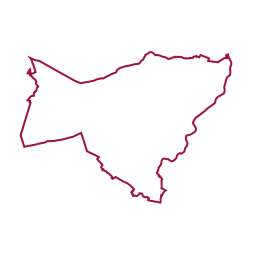 Darmanesti, Suceava, Romania (orthographic projection), rotated 266°
{"feature_id": "2599482B2984859912538", "entity_name": "Darmanesti", "entity_type": "district", "adm_level": 2, "iso_a3": "ROU", "parent_name": "Romania", "parent_adm1": "Suceava", "projection": "orthographic", "projection_center": [26.129, 47.745], "detail": "fine", "context": "isolated", "style": "outline", "palette": "rose", "viewbox_px": 256, "rotation_deg": 266, "n_neighbors": 0, "source": "geoboundaries", "source_scale": "gbopen_adm2", "svg_char_len": 5743}
<svg xmlns="http://www.w3.org/2000/svg" viewBox="0 0 256 256"><g transform="rotate(266 128 128)"><path d="M194.3,232.9L193.9,231.9L194.2,231.4L194.0,231.2L193.6,231.1L192.8,231.0L192.6,231.1L192.6,231.5L192.3,231.9L191.8,232.1L191.3,232.1L190.8,231.9L190.7,231.4L191.0,230.8L191.2,230.1L191.0,229.5L191.0,229.0L190.9,228.7L190.4,227.9L189.4,226.0L189.0,225.0L188.5,224.2L188.2,223.7L188.1,223.2L187.7,222.8L187.3,222.7L187.9,219.1L189.0,214.1L189.4,212.6L191.8,213.7L195.7,205.5L193.5,203.9L194.9,201.4L194.4,201.2L194.5,201.0L194.8,200.2L194.8,199.9L194.8,199.6L194.7,199.3L194.4,198.8L194.4,198.4L194.2,198.1L194.1,197.9L193.6,197.7L193.4,197.6L193.4,197.4L193.5,196.4L193.4,195.4L193.4,195.2L193.7,194.9L193.7,194.7L193.7,194.4L193.2,193.6L193.1,193.3L193.1,193.0L193.2,192.9L193.3,192.4L193.2,191.7L193.2,191.4L193.4,191.3L193.4,190.9L193.5,190.8L193.6,190.4L193.5,189.9L193.6,188.9L193.7,188.6L193.8,188.4L194.1,188.0L194.4,187.3L194.5,187.2L194.7,186.8L195.0,186.6L195.0,186.4L195.2,186.1L195.2,185.8L195.2,185.3L195.1,185.0L195.2,184.6L195.5,183.1L195.5,182.7L195.4,182.5L195.4,182.4L195.5,182.1L195.4,181.9L195.6,181.6L195.6,181.1L195.5,180.9L195.5,180.7L195.7,180.2L195.4,179.9L195.8,179.4L195.8,179.2L195.6,179.0L195.3,178.9L195.4,178.3L195.3,177.9L195.2,177.6L195.0,177.1L194.9,176.8L194.6,176.3L194.5,175.9L194.5,174.8L194.5,174.6L194.1,174.0L194.1,173.6L194.1,173.0L194.2,172.7L195.4,171.0L196.2,169.6L196.7,167.5L198.0,164.9L198.5,163.2L198.9,162.4L198.7,161.1L198.7,160.2L200.7,158.8L201.4,157.8L201.9,156.8L202.1,155.5L201.8,154.3L201.3,153.7L200.9,153.2L200.5,152.3L199.6,150.5L196.8,148.9L194.9,147.5L194.2,146.1L193.7,145.5L192.5,144.7L191.3,143.2L191.2,139.7L190.2,133.8L189.6,128.9L188.8,126.3L188.7,124.8L187.7,122.8L186.2,120.8L184.6,120.0L184.2,119.6L183.9,118.9L183.7,117.3L183.2,116.7L182.9,115.0L181.5,112.0L181.0,110.7L179.1,106.7L179.1,106.4L179.3,105.6L179.4,104.8L179.0,102.5L178.8,101.0L178.4,99.3L178.0,98.5L177.7,97.8L177.2,94.3L177.1,93.5L176.9,92.9L176.8,91.8L176.7,90.5L176.6,88.6L176.4,87.7L176.1,83.9L176.1,83.5L176.4,82.9L177.3,81.1L178.7,78.4L180.6,75.4L193.4,55.9L201.0,44.4L202.0,40.8L202.5,39.5L202.8,38.9L203.8,37.2L204.7,35.4L203.8,36.0L203.2,36.3L202.0,36.7L199.5,37.3L197.7,38.0L195.3,38.5L192.8,39.2L190.2,39.7L188.3,35.0L193.4,34.2L193.2,34.0L192.5,33.8L191.5,32.9L191.1,32.5L190.5,32.1L189.6,31.7L189.5,32.1L189.7,32.3L189.7,32.6L189.4,33.2L189.1,33.4L188.8,33.6L187.8,33.8L187.5,34.0L187.1,34.7L186.5,35.2L185.8,36.0L184.8,36.5L184.8,36.8L184.7,36.9L184.3,37.1L183.9,37.4L183.5,38.0L182.7,38.6L182.4,39.0L181.9,39.3L180.8,39.7L180.3,39.7L179.3,39.4L178.8,39.2L177.9,39.7L175.6,41.3L175.3,40.8L174.8,40.2L174.4,39.9L172.5,39.4L171.8,39.0L171.6,39.0L171.3,38.8L171.4,38.6L171.2,38.4L170.7,38.0L170.3,37.6L170.4,37.3L169.9,36.9L169.8,36.7L169.5,36.5L166.8,36.4L166.7,34.5L166.6,34.1L166.0,32.9L163.4,30.6L162.9,29.7L162.5,29.7L162.0,32.2L160.2,31.7L159.8,32.5L146.7,27.4L142.4,25.8L134.3,22.7L129.8,20.9L128.4,20.4L118.5,22.7L118.5,22.8L116.5,23.2L116.9,26.0L117.1,27.4L117.4,30.8L117.6,31.9L117.7,33.2L117.9,34.5L118.2,36.0L118.6,38.0L118.9,41.1L119.4,44.1L119.7,44.9L120.4,46.6L120.3,50.7L120.3,53.4L120.8,59.2L121.3,62.9L122.0,66.3L122.4,68.3L122.9,71.6L123.2,72.9L124.0,74.7L124.6,76.2L126.3,81.0L125.2,81.2L119.1,82.8L113.5,84.1L107.6,85.6L106.3,87.9L105.2,89.8L104.7,90.7L103.3,93.2L101.7,95.8L100.9,97.0L99.1,95.1L95.7,97.7L95.7,97.8L92.9,99.9L90.7,98.4L89.9,98.8L88.8,99.5L88.1,99.4L87.8,99.4L87.7,99.4L87.5,99.5L87.7,100.1L88.3,100.7L87.5,101.2L86.8,101.8L86.4,102.4L86.4,103.1L86.2,103.4L86.0,103.6L85.3,103.9L84.7,104.2L84.6,104.3L84.4,105.0L84.0,105.7L83.1,106.3L82.3,107.2L81.2,108.2L80.8,108.3L80.4,108.8L80.2,108.8L79.6,108.2L79.0,108.4L78.5,109.0L78.4,109.2L78.5,109.4L79.3,111.2L80.0,112.4L79.5,113.1L77.0,116.5L76.9,116.8L76.4,117.5L74.9,119.7L73.0,123.4L72.5,124.0L70.9,125.8L69.7,127.0L66.4,129.8L64.6,128.4L64.9,127.9L63.7,126.9L63.3,127.5L62.2,128.0L61.7,127.5L60.8,128.1L60.4,128.2L60.5,128.5L60.5,128.8L59.9,128.8L59.8,129.1L60.0,130.2L59.9,130.9L59.5,131.5L59.6,132.1L59.8,132.7L60.9,134.1L62.1,134.9L61.8,135.9L61.6,136.9L61.7,137.2L61.6,137.4L61.2,137.6L59.1,138.0L58.7,138.3L58.2,139.2L58.2,139.5L57.8,139.9L57.7,140.1L57.6,140.4L57.6,140.7L57.7,141.1L57.9,141.3L57.9,141.6L57.9,142.0L57.6,142.8L57.2,142.9L57.0,143.2L56.3,144.0L54.8,142.9L54.5,143.4L54.7,143.7L54.6,144.0L54.2,144.6L54.0,144.9L53.8,145.3L53.6,146.1L53.4,147.6L52.5,150.2L52.4,151.0L52.3,151.9L52.0,152.7L51.3,155.1L51.9,155.4L53.1,155.5L54.8,155.5L56.6,156.1L58.7,156.5L58.4,157.3L58.9,157.5L59.5,157.8L60.8,158.7L61.9,159.6L62.7,160.4L63.0,161.2L64.1,159.8L64.5,159.3L65.4,157.2L67.3,157.5L73.5,157.8L74.0,158.1L74.5,158.6L77.4,156.7L77.0,156.1L78.0,155.3L78.5,155.8L79.8,154.9L81.2,153.7L82.1,154.3L84.2,155.2L86.3,155.8L88.0,157.3L89.0,158.2L90.5,158.8L92.6,159.1L93.4,159.5L94.4,160.1L94.8,160.7L95.1,161.8L94.2,164.4L94.1,165.8L92.2,168.2L91.7,169.3L92.1,171.0L93.5,172.9L94.6,174.1L97.1,174.9L98.2,176.0L99.3,177.6L99.0,178.7L98.8,179.9L100.2,182.2L101.3,182.9L103.3,183.3L104.6,184.2L106.2,185.7L108.5,186.3L110.0,185.9L113.1,184.9L114.5,185.1L115.7,185.4L116.3,186.0L116.8,188.3L117.0,189.8L118.7,193.1L119.7,194.5L121.1,195.6L122.0,195.8L123.6,195.5L127.9,193.3L129.2,193.3L129.9,193.8L131.7,194.8L133.4,196.1L134.4,197.9L139.3,205.3L140.0,206.3L141.8,208.4L142.9,210.1L145.2,214.0L146.7,216.2L148.1,216.9L150.1,217.4L151.4,218.3L152.9,220.0L155.3,225.2L156.1,226.2L157.5,226.9L159.9,227.0L162.4,226.9L164.5,227.7L169.5,229.3L171.6,230.4L172.6,231.6L173.5,233.4L176.2,234.0L177.7,234.1L178.6,234.0L180.6,234.0L181.3,234.2L182.6,234.8L183.5,235.2L184.6,235.6L185.6,235.6L187.4,235.1L190.6,233.9L191.6,233.4L193.0,233.0L194.3,232.9Z" fill="none" stroke="#9f1239" stroke-width="2"/></g></svg>